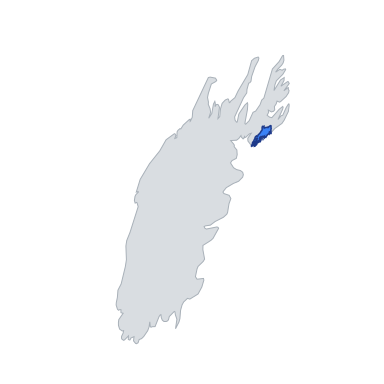 Árneshreppur, Vestfirðir, Iceland (highlighted), rotated 117°
{"feature_id": "244011B92022671609099", "entity_name": "Árneshreppur", "entity_type": "district", "adm_level": 2, "iso_a3": "ISL", "parent_name": "Iceland", "parent_adm1": "Vestfirðir", "projection": "equal_earth", "projection_center": [-21.632, 66.077], "detail": "medium", "context": "in_parent", "style": "filled", "palette": "blue", "viewbox_px": 384, "rotation_deg": 117, "n_neighbors": 0, "source": "geoboundaries", "source_scale": "gbopen_adm2", "svg_char_len": 5457}
<svg xmlns="http://www.w3.org/2000/svg" viewBox="0 0 384 384"><g transform="rotate(117 192 192)"><path d="M293.7,149.5L297.1,149.6L302.5,148.5L310.3,145.3L313.7,144.6L321.3,144.6L312.2,147.7L308.9,151.1L306.5,152.8L306.5,153.6L313.3,155.7L316.4,155.0L317.8,155.2L319.1,156.2L320.1,158.2L319.7,160.2L317.9,162.3L315.4,164.0L315.8,164.5L317.9,164.8L328.7,163.8L330.1,166.3L331.1,167.1L330.9,168.0L326.8,170.7L331.7,169.0L335.7,168.5L342.7,169.4L345.6,170.4L347.4,172.1L350.8,171.6L352.4,172.6L352.5,173.6L351.2,176.5L347.2,178.0L349.8,180.1L351.9,180.1L352.3,180.6L352.2,181.9L349.1,183.3L354.5,185.0L355.2,185.6L355.0,187.5L354.2,188.5L352.6,189.2L348.9,189.3L346.6,190.0L347.5,191.1L347.0,194.3L344.2,197.0L341.5,198.4L338.9,199.3L331.3,198.3L331.8,200.5L329.1,201.9L329.7,203.1L330.7,203.7L330.3,205.2L327.1,208.3L324.7,209.3L319.9,210.6L313.1,213.4L306.0,213.4L288.8,217.5L282.1,219.7L270.1,226.4L264.9,228.1L256.1,228.9L229.5,233.3L226.6,236.0L226.4,236.6L227.7,237.6L225.7,239.5L221.7,240.8L219.8,240.8L216.4,239.7L216.0,240.2L217.4,241.6L204.3,243.9L186.1,242.7L170.0,239.4L157.2,238.8L148.1,234.2L147.9,233.5L148.9,232.1L152.1,231.6L150.5,230.2L145.1,232.6L143.4,232.5L141.0,231.5L140.9,230.6L136.4,230.2L128.6,227.3L128.0,226.7L129.9,225.7L129.5,225.6L125.3,225.7L119.1,228.3L82.6,229.4L81.4,228.0L79.9,222.8L81.2,220.7L82.7,220.9L87.0,223.8L96.8,222.2L100.7,221.1L104.4,218.2L106.5,217.3L109.5,213.8L112.5,211.6L118.7,210.6L113.1,210.0L103.9,212.8L100.9,212.8L102.3,211.6L105.5,210.2L103.3,210.1L102.5,209.4L102.4,208.1L104.0,206.0L114.8,202.2L112.3,201.5L104.8,204.4L99.3,205.4L94.9,204.1L92.7,202.3L92.9,201.5L95.5,199.3L95.1,198.9L93.3,198.7L88.5,196.6L80.9,196.8L62.1,195.6L47.9,198.5L44.5,197.1L41.7,194.3L42.3,193.2L44.8,192.6L51.8,192.7L62.0,191.3L66.6,189.7L68.4,190.1L69.3,190.9L75.6,189.6L78.9,188.2L84.6,188.9L105.8,188.1L108.5,186.2L109.6,184.0L109.1,183.5L101.4,185.6L99.6,185.5L90.6,184.4L87.3,183.2L88.4,182.2L93.2,180.1L105.4,176.5L107.1,175.8L107.2,174.9L102.4,173.4L93.3,173.8L91.0,172.0L83.4,171.0L78.4,171.6L75.7,170.6L45.9,176.2L36.3,173.6L29.4,173.2L28.8,172.4L32.9,169.9L35.7,169.4L38.4,169.7L43.7,171.4L47.3,171.9L42.8,169.4L42.6,166.9L41.2,166.3L39.9,164.7L40.4,164.1L45.9,164.5L54.6,167.3L58.8,166.8L64.4,165.0L52.0,164.0L48.2,161.8L51.0,160.6L57.4,160.8L50.3,157.0L50.0,156.3L51.2,154.6L60.1,156.1L55.5,153.9L55.3,153.4L56.7,152.9L57.5,151.6L59.7,151.0L64.2,151.5L71.2,154.1L72.2,154.8L72.4,157.5L75.2,157.0L78.5,157.4L81.2,155.6L83.1,156.0L84.6,157.6L84.4,161.2L86.3,159.9L89.5,159.9L90.1,156.9L89.5,154.6L78.8,151.9L74.6,150.0L75.1,149.3L77.2,148.8L88.4,148.3L83.6,147.2L82.4,146.0L74.0,146.4L69.7,146.0L69.6,145.4L71.3,144.5L76.5,142.7L86.2,142.5L90.1,143.0L97.7,147.0L103.7,148.6L113.8,154.0L120.2,156.1L120.5,156.6L119.5,157.2L117.0,157.9L120.8,158.9L123.2,160.3L123.3,160.9L121.2,165.3L118.8,166.7L112.8,165.9L114.2,167.3L118.5,168.8L119.5,169.6L118.8,170.4L120.9,170.2L121.5,170.6L120.6,173.1L119.5,174.0L123.1,174.6L125.6,175.8L128.6,180.9L130.2,177.0L131.0,175.6L132.5,175.0L134.2,171.1L138.2,168.7L141.9,167.8L145.8,170.6L148.6,170.9L151.5,166.0L151.8,162.5L150.9,158.6L151.4,155.8L153.3,154.1L155.8,153.6L161.2,155.3L165.7,159.1L172.5,163.4L177.2,164.4L178.1,164.3L178.9,162.9L178.1,157.4L180.2,154.4L185.7,153.7L194.1,151.0L196.0,150.9L200.2,152.5L207.8,158.0L213.2,160.6L216.1,164.7L217.3,165.5L218.4,164.2L218.5,162.4L211.8,153.9L211.7,152.7L212.3,151.8L223.8,152.2L226.5,153.2L234.6,158.0L238.5,156.1L246.1,150.3L248.8,150.5L255.5,152.8L258.2,152.6L265.9,150.5L267.4,147.9L263.8,142.5L265.2,141.4L272.3,140.1L280.1,140.3L288.4,145.3L288.8,147.7L293.7,149.5Z" fill="#d9dde1" stroke="#a8b0b8" stroke-width="1"/><path d="M97.2,151.6L97.1,152.0L97.8,152.6L99.0,153.2L100.0,153.4L100.1,153.5L99.8,154.0L100.5,154.6L100.8,155.3L101.5,155.9L101.5,156.4L102.3,156.7L102.1,156.9L101.4,157.1L101.3,157.6L100.8,157.8L101.4,158.2L101.3,158.5L101.5,159.0L102.5,158.9L104.7,157.8L105.7,157.7L106.5,158.1L107.3,158.0L109.4,158.3L110.8,159.0L112.4,158.8L112.6,159.0L112.6,159.5L112.9,159.7L112.8,160.1L114.5,160.6L115.6,160.3L116.1,159.8L116.3,160.1L116.6,160.3L118.2,160.2L118.7,160.0L119.2,160.3L120.5,160.5L121.9,160.0L124.0,160.0L124.1,159.9L123.8,159.8L123.8,159.3L123.6,159.2L122.8,158.8L120.9,159.1L119.0,159.2L118.8,159.0L119.2,158.8L120.7,158.6L121.3,158.2L120.7,158.0L119.5,158.1L118.3,158.4L117.2,158.3L114.9,158.8L114.6,158.7L114.3,158.3L114.4,158.1L117.1,157.7L118.0,157.8L120.1,157.3L122.7,157.3L123.0,157.2L122.6,156.7L121.3,156.4L120.7,156.0L120.0,156.0L119.4,156.3L118.7,156.2L118.3,156.4L117.0,156.4L117.0,156.2L116.0,155.9L116.3,155.7L116.2,155.6L115.5,155.3L115.8,155.2L117.2,155.4L117.5,155.3L116.3,154.4L116.2,154.0L114.1,154.2L113.8,154.6L114.5,155.0L114.4,155.7L113.8,156.1L112.8,156.4L112.4,156.3L113.4,155.7L113.7,155.4L112.8,154.7L111.7,155.3L110.9,155.0L110.6,154.7L110.8,154.5L110.3,154.0L110.5,153.9L110.4,153.8L110.6,153.8L110.5,153.6L111.0,153.5L109.6,152.9L110.4,152.7L111.0,152.0L109.6,151.6L109.6,151.3L110.4,151.0L108.7,151.0L106.5,150.8L106.1,150.4L105.5,150.3L105.3,150.0L104.5,150.0L102.5,150.5L104.8,149.7L104.7,149.5L105.0,149.1L104.5,149.1L103.9,148.9L103.8,148.2L102.7,148.8L102.7,149.1L101.7,149.3L101.6,149.6L101.0,149.9L99.6,150.2L98.8,150.8L97.2,151.6ZM118.0,156.2L117.8,156.2L118.0,156.2ZM112.9,152.9L113.0,152.7L112.9,152.7L112.9,152.9ZM108.4,149.2L108.5,149.2L108.4,149.2ZM112.3,153.0L112.4,152.9L112.3,153.0Z" fill="#3b82f6" stroke="#1e3a8a" stroke-width="1.5"/></g></svg>